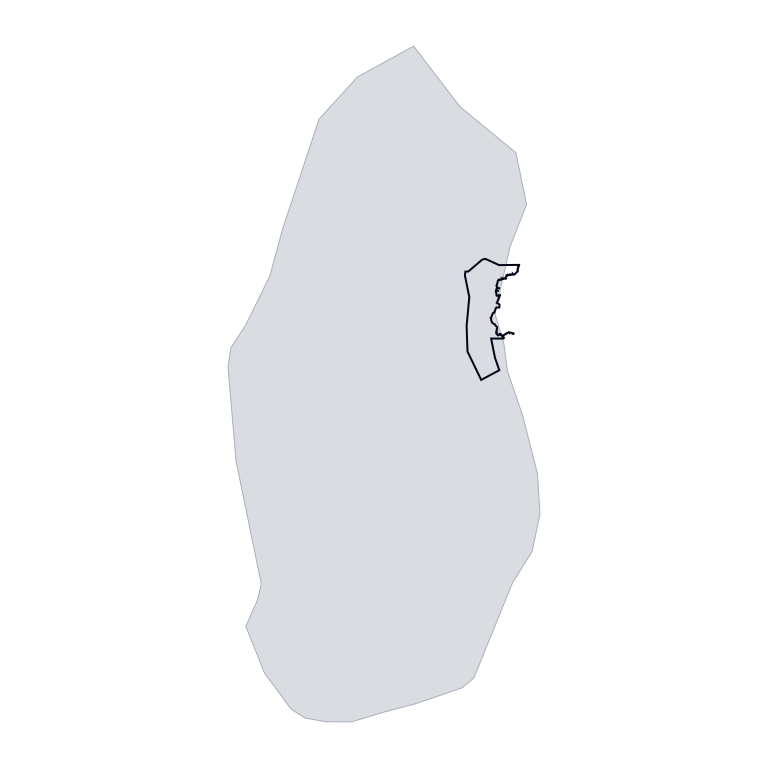 70, Al Daayen, Qatar (highlighted)
{"feature_id": "91078587B85079353631459", "entity_name": "70", "entity_type": "district", "adm_level": 2, "iso_a3": "QAT", "parent_name": "Qatar", "parent_adm1": "Al Daayen", "projection": "robinson", "projection_center": [51.51, 25.511], "detail": "fine", "context": "in_parent", "style": "outline", "palette": "ink", "viewbox_px": 768, "rotation_deg": 0, "n_neighbors": 0, "source": "geoboundaries", "source_scale": "gbopen_adm2", "svg_char_len": 5107}
<svg xmlns="http://www.w3.org/2000/svg" viewBox="0 0 768 768"><path d="M415.3,703.8L382.4,712.5L351.4,721.9L325.6,721.7L304.8,718.0L291.0,709.0L264.5,673.0L245.8,626.4L257.3,600.4L261.3,584.1L236.1,461.2L228.0,366.9L231.0,347.5L245.6,325.2L269.8,276.1L282.7,228.7L319.0,119.2L357.4,77.0L413.6,46.1L459.8,106.5L515.9,152.8L526.6,204.5L510.1,246.5L494.9,313.5L504.0,344.3L507.4,370.9L522.7,415.7L537.5,473.8L540.0,514.2L532.0,551.7L512.4,583.1L473.9,677.8L462.4,687.7L415.3,703.8Z" fill="#d9dde1" stroke="#a8b0b8" stroke-width="1"/><path d="M499.3,370.2L495.0,357.8L491.1,338.5L503.4,338.5L503.4,338.4L503.6,337.6L503.8,337.4L504.2,337.3L504.2,337.1L504.4,337.1L504.1,337.1L503.5,337.0L503.3,336.9L502.8,336.6L502.5,336.3L502.3,336.2L502.4,335.8L503.5,335.3L503.9,335.1L504.4,334.8L504.4,334.7L505.7,333.9L505.9,333.8L506.0,333.9L506.3,333.6L507.1,333.1L507.4,332.9L507.7,332.8L508.3,332.6L508.8,332.5L508.9,332.4L509.0,332.5L509.0,332.4L509.5,332.4L510.5,332.6L510.9,332.7L512.3,333.4L512.4,333.5L512.5,333.7L512.6,333.9L513.0,333.9L513.0,333.7L513.2,333.4L513.3,333.4L513.5,333.5L513.4,333.4L513.5,333.4L513.6,333.5L513.7,333.8L513.6,334.0L513.7,333.9L513.7,333.7L513.6,333.4L513.4,333.3L512.9,333.1L512.7,333.1L512.3,333.3L511.0,332.7L510.5,332.5L509.4,332.4L508.9,332.4L508.7,332.4L508.2,332.5L507.4,332.9L506.6,333.3L505.8,333.8L504.4,334.7L504.0,335.0L503.1,335.4L502.7,335.6L502.1,335.3L501.7,335.2L501.5,335.3L501.1,335.0L501.0,334.6L500.9,334.6L500.8,334.3L500.6,334.4L500.0,334.1L499.8,333.9L499.6,334.0L499.2,334.2L499.2,334.3L499.3,334.5L499.2,334.7L499.3,334.9L499.0,334.9L498.7,335.0L497.8,334.7L497.7,334.7L498.1,334.9L498.1,335.1L498.3,335.4L498.6,335.5L498.2,335.5L498.0,335.4L497.9,335.1L497.7,335.1L497.2,334.6L496.5,333.8L496.2,333.3L496.0,332.6L496.4,333.2L497.3,334.4L497.1,334.1L496.8,333.6L496.7,333.4L496.6,333.1L496.9,333.2L496.8,332.7L496.5,332.6L496.4,332.3L496.5,332.2L496.4,331.2L496.8,330.8L496.6,329.5L497.0,328.8L497.0,328.4L497.2,328.0L497.0,327.0L496.6,326.6L496.2,326.2L495.8,325.9L495.6,325.6L495.4,325.4L495.1,325.0L494.9,324.5L494.7,324.4L494.6,324.1L494.1,324.0L493.1,323.5L492.7,323.2L492.4,322.9L492.1,322.6L492.0,322.2L491.8,321.7L491.6,321.6L491.4,320.9L491.2,320.0L491.2,319.2L491.0,318.6L490.8,318.1L491.1,318.1L491.2,317.3L491.5,316.5L491.9,315.7L492.3,314.6L492.7,313.7L493.0,313.1L493.3,312.9L493.5,312.8L493.9,312.5L494.1,312.6L494.4,312.6L494.5,312.2L494.6,311.8L494.7,311.3L495.0,310.8L495.2,309.9L495.6,308.9L495.8,308.1L495.9,307.9L496.0,307.8L496.5,307.6L499.3,307.5L499.5,304.5L496.9,302.8L497.1,302.6L497.1,302.4L497.4,301.7L497.6,300.8L497.9,300.2L498.0,300.1L498.4,299.9L498.4,299.5L498.4,299.2L498.5,298.8L498.6,298.2L499.1,298.1L499.1,297.9L499.1,297.3L499.1,296.9L499.2,296.5L499.6,296.3L499.7,295.8L499.8,295.8L499.9,295.6L500.0,295.5L500.0,295.3L499.8,295.4L499.6,295.5L499.1,295.4L498.8,295.3L498.6,295.8L498.1,296.0L497.2,295.9L496.6,295.6L496.4,295.0L496.5,294.7L496.6,294.3L496.6,293.9L496.4,293.5L496.2,293.2L496.1,292.3L495.9,292.0L495.9,291.9L496.0,291.7L495.9,291.3L496.0,290.8L496.7,290.8L496.9,290.9L497.1,290.9L497.4,290.8L497.6,290.8L497.8,290.8L498.5,290.8L498.9,290.8L497.7,290.7L497.4,290.7L497.1,290.6L496.9,290.6L496.7,290.7L496.0,290.6L496.4,289.1L496.6,289.0L496.8,288.5L496.8,288.2L497.0,288.0L497.7,288.1L499.1,288.3L499.1,288.2L498.5,288.2L498.4,288.1L497.9,288.0L497.8,287.9L496.9,287.9L497.1,286.5L496.7,286.3L496.5,286.1L496.5,285.5L497.0,284.0L497.3,283.5L497.4,283.4L497.7,281.2L498.1,280.4L498.3,280.2L498.5,279.9L498.6,279.7L498.9,279.7L499.2,279.9L499.4,280.0L499.8,280.2L500.1,280.0L500.2,279.6L500.9,279.5L501.0,279.4L501.3,279.5L501.4,279.0L501.7,279.0L501.7,278.8L501.9,279.0L503.4,278.9L503.4,278.7L503.5,278.8L503.6,278.7L504.6,278.5L504.8,278.4L505.2,278.4L505.3,278.5L505.5,278.4L505.6,278.5L505.7,278.4L506.2,278.9L506.2,279.0L506.5,279.3L506.3,279.0L506.2,278.9L506.0,278.7L505.7,278.3L505.4,278.2L505.5,277.7L505.6,277.3L505.6,277.2L506.1,276.8L506.1,276.7L506.1,276.3L506.2,276.1L506.5,275.9L506.5,275.5L506.7,276.0L506.8,276.0L506.7,275.3L506.9,275.3L506.9,275.1L507.1,275.0L507.1,275.3L508.5,274.9L508.5,275.1L509.3,275.0L509.6,274.8L509.6,275.0L510.0,275.0L510.6,275.1L511.2,274.7L511.6,274.4L511.9,274.4L512.2,274.4L512.3,274.3L512.5,274.4L512.5,274.1L512.8,274.0L512.8,273.9L512.9,274.0L513.2,274.1L513.3,274.1L513.8,274.3L513.9,274.5L514.0,274.5L514.4,274.5L514.7,274.3L514.8,274.0L515.1,273.9L515.3,273.6L515.4,273.4L515.8,273.1L516.0,273.0L516.2,272.9L516.3,272.8L516.3,272.6L516.6,272.4L516.9,272.1L517.1,272.0L517.3,271.7L517.3,271.4L517.7,271.3L517.6,270.9L517.6,270.6L517.6,270.4L517.6,270.2L517.8,270.2L517.8,269.9L517.7,269.3L517.8,269.3L517.9,268.9L517.8,268.7L518.0,268.3L518.1,268.2L518.3,268.0L518.3,267.9L518.2,267.6L518.2,267.4L518.0,266.8L518.2,266.7L518.2,266.4L518.5,266.3L518.6,266.2L518.8,266.1L519.0,265.9L518.9,265.4L519.1,265.4L519.2,265.2L519.6,265.0L519.3,265.0L519.2,265.0L519.2,264.9L499.1,265.1L485.2,258.8L482.1,259.7L468.3,271.5L465.4,271.6L464.9,275.4L469.3,297.1L466.6,326.0L467.5,351.5L481.2,379.9L499.3,370.2Z" fill="none" stroke="#020617" stroke-width="2"/></svg>